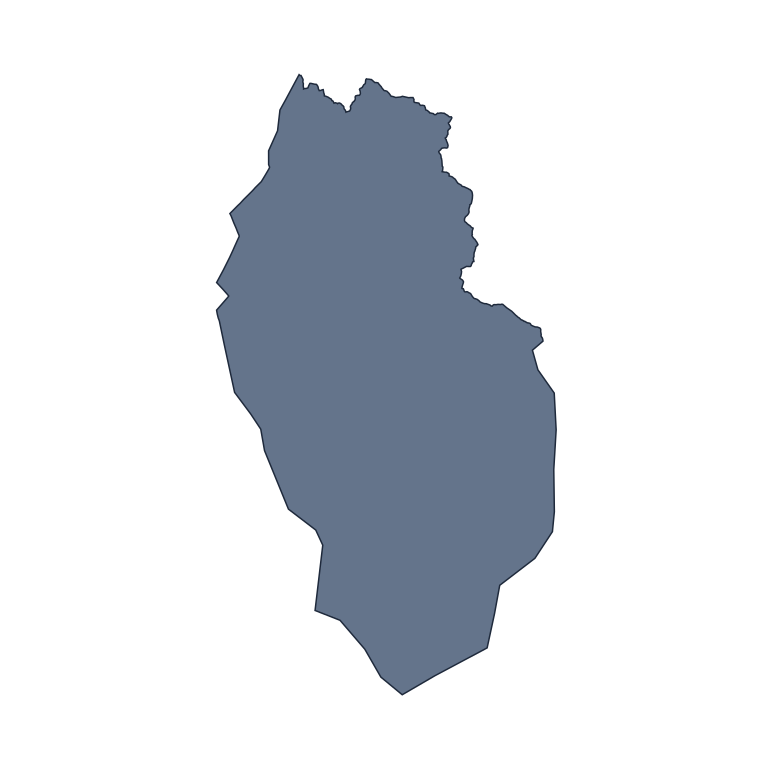 the district of Altai, Bayan-Ölgiy, Mongolia, rotated 207°
{"feature_id": "93677404B43382334794440", "entity_name": "Altai", "entity_type": "district", "adm_level": 2, "iso_a3": "MNG", "parent_name": "Mongolia", "parent_adm1": "Bayan-Ölgiy", "projection": "orthographic", "projection_center": [89.76, 48.197], "detail": "fine", "context": "isolated", "style": "filled", "palette": "slate", "viewbox_px": 768, "rotation_deg": 207, "n_neighbors": 0, "source": "geoboundaries", "source_scale": "gbopen_adm2", "svg_char_len": 6135}
<svg xmlns="http://www.w3.org/2000/svg" viewBox="0 0 768 768"><g transform="rotate(207 384 384)"><path d="M513.3,308.7L489.2,296.8L473.3,287.8L460.2,270.4L412.3,229.1L378.5,222.9L365.4,212.6L342.6,150.9L315.9,153.5L280.7,139.0L253.7,121.4L226.7,115.4L206.2,147.2L172.3,195.7L181.3,229.7L189.5,257.2L170.4,297.2L166.9,328.9L174.2,347.5L193.9,384.9L209.8,421.3L228.2,453.2L253.3,466.5L267.1,481.5L261.8,494.4L262.5,495.4L263.4,496.5L264.3,497.2L264.9,497.3L265.2,497.7L265.9,498.1L266.2,499.0L266.6,499.8L267.1,500.3L267.3,500.7L268.1,501.7L269.0,503.6L269.6,504.2L270.1,504.5L270.6,504.6L273.1,504.4L275.2,503.5L277.2,503.3L279.5,503.2L280.9,504.1L281.6,504.3L282.9,504.0L284.3,503.5L284.9,503.7L286.2,503.6L287.1,503.8L287.7,503.4L288.4,503.6L289.8,503.7L290.9,503.5L293.7,504.3L295.2,504.4L295.9,504.6L296.7,504.9L297.6,505.0L303.2,506.8L309.2,507.6L314.4,508.9L315.4,508.5L316.1,507.8L318.6,506.7L320.2,505.5L321.4,505.0L322.1,504.6L322.3,504.4L322.7,503.6L322.8,502.7L323.9,502.1L325.1,502.5L326.2,502.4L329.3,502.0L331.0,501.2L332.7,500.9L335.5,500.7L336.8,501.2L339.2,501.7L341.1,501.5L342.1,501.2L342.7,501.2L343.9,501.6L345.2,502.2L347.9,503.9L349.5,503.9L350.0,503.8L350.8,504.0L351.7,504.0L352.2,503.8L352.5,503.5L353.3,503.0L354.2,502.8L354.5,503.0L356.3,504.7L356.6,504.9L357.1,504.8L357.5,504.5L357.9,504.5L358.2,505.0L358.6,506.3L359.0,508.5L359.2,509.9L359.5,511.1L360.1,511.6L361.0,512.1L361.6,512.3L364.4,512.6L364.7,512.8L364.6,514.2L364.7,515.4L365.3,517.8L366.0,519.5L367.5,521.1L367.5,521.3L366.0,523.2L363.9,526.2L361.1,527.5L360.4,527.9L360.1,528.5L360.1,529.1L360.4,530.5L360.3,532.1L360.4,532.4L360.5,532.9L360.2,533.4L359.5,533.9L359.5,534.0L359.6,534.3L360.6,535.1L360.8,535.9L361.3,536.3L361.6,536.9L361.6,537.6L361.7,538.5L362.6,540.1L363.2,541.8L363.4,542.4L363.4,543.5L364.0,546.6L364.1,547.0L364.5,547.6L363.8,549.5L364.0,549.9L363.9,550.1L363.5,550.7L363.8,551.1L365.7,552.5L366.7,553.0L368.8,554.2L369.7,554.3L371.5,555.1L373.1,556.2L373.2,556.5L373.1,557.2L373.6,557.7L374.9,560.6L375.2,563.0L375.5,563.4L376.4,563.2L377.6,563.4L378.8,564.0L381.2,564.3L382.7,564.6L383.9,565.1L385.5,565.3L386.2,565.8L386.7,566.5L387.1,567.5L387.3,567.9L387.3,570.0L386.4,572.2L386.1,573.8L386.1,575.2L386.4,576.1L387.4,577.6L387.8,578.6L388.0,579.5L388.4,581.7L388.5,582.2L388.9,582.6L388.2,584.1L388.2,584.6L388.8,587.0L389.5,589.4L390.8,592.4L392.1,594.3L393.2,595.4L393.6,595.6L395.1,596.0L395.3,596.2L396.0,596.3L396.4,596.1L398.3,596.3L398.7,596.2L400.9,596.1L401.6,596.2L401.8,596.1L402.7,596.0L403.1,595.8L404.2,595.6L404.5,595.7L405.2,596.2L405.9,596.3L409.3,596.4L409.5,596.5L410.0,596.9L410.5,597.0L413.0,598.5L413.9,598.9L415.8,599.1L416.5,599.4L417.3,599.5L418.9,599.3L420.4,598.9L421.3,600.6L421.7,600.9L423.4,601.1L424.7,601.0L425.8,600.4L428.6,599.6L428.8,601.1L429.9,603.8L430.1,604.1L431.0,604.5L433.8,609.2L435.2,611.1L435.7,611.3L436.6,612.8L437.5,613.9L437.8,614.1L439.8,615.0L440.7,615.8L440.8,616.1L439.9,618.5L439.6,620.2L438.9,620.8L437.3,621.9L435.4,622.6L434.9,623.1L434.7,623.4L434.7,623.9L434.9,624.3L435.0,625.1L435.2,625.6L435.5,626.0L436.8,627.4L438.4,628.7L439.2,629.5L439.4,629.9L440.0,630.1L440.7,630.6L441.1,631.0L440.8,631.5L440.5,632.1L440.4,633.2L440.6,634.3L440.4,635.5L440.5,635.8L440.8,636.1L441.4,637.3L442.0,638.3L442.1,638.9L441.7,640.6L441.2,641.6L441.2,642.6L441.9,643.6L443.0,644.2L443.6,644.7L444.6,645.2L445.2,645.9L445.2,646.0L444.5,647.5L444.3,651.2L444.4,652.0L445.1,652.5L445.3,652.6L446.6,651.9L447.3,651.7L447.8,651.9L448.5,652.0L449.3,652.3L450.8,652.3L453.3,652.6L454.2,652.1L456.1,651.5L457.1,650.9L458.3,649.9L459.2,649.7L460.1,647.6L461.2,647.0L461.6,646.9L462.6,647.3L463.0,647.3L464.2,646.9L465.7,646.6L466.3,646.3L466.7,646.5L467.3,646.9L468.0,646.9L469.3,647.4L471.3,647.2L472.8,649.1L473.3,649.4L473.9,650.0L474.3,650.3L476.1,649.9L476.9,649.5L477.6,648.9L478.2,648.9L478.8,649.1L480.5,650.1L484.5,648.8L485.0,648.8L485.9,649.7L486.4,651.1L488.2,652.4L490.4,651.3L492.0,650.3L498.2,648.7L499.6,647.2L502.6,645.3L503.6,644.6L506.0,644.3L507.0,644.1L508.2,643.6L511.5,645.3L514.4,646.2L516.4,645.8L516.9,645.5L517.4,645.6L520.8,647.1L521.1,647.4L521.7,647.8L522.4,647.9L522.9,648.2L524.0,648.6L524.7,648.8L525.1,649.2L526.1,649.6L528.0,649.0L529.0,648.4L533.1,649.5L533.8,649.5L534.0,649.4L534.4,649.1L535.4,648.9L537.8,647.9L538.2,647.9L538.4,647.1L538.2,646.2L537.8,645.2L537.1,643.3L537.3,642.6L537.8,641.6L537.9,641.3L537.9,640.1L538.1,639.3L537.9,638.6L538.6,637.4L539.3,636.6L539.5,636.3L539.6,635.4L539.5,635.2L538.2,634.1L537.0,632.3L536.8,631.7L536.8,630.8L537.0,630.0L537.5,629.8L538.6,629.2L540.0,627.9L540.1,627.5L540.0,626.6L539.4,625.6L539.0,625.1L538.8,624.1L539.0,622.1L539.4,621.8L539.5,621.5L539.6,620.7L539.9,620.2L539.7,619.4L539.7,619.1L539.9,617.7L540.0,616.2L539.6,615.4L539.0,614.9L538.9,614.6L538.6,613.8L538.5,612.4L538.6,611.5L539.4,610.9L540.0,610.2L540.8,609.6L541.3,608.9L542.7,610.4L544.0,610.8L544.5,611.2L545.0,611.7L545.7,612.8L546.8,613.3L547.4,613.3L549.4,614.1L550.2,614.2L551.4,614.1L552.4,613.4L552.6,612.7L553.5,612.8L555.0,612.5L555.5,612.1L556.0,611.5L557.7,612.8L558.3,613.0L558.8,612.8L559.0,612.8L560.3,613.9L562.0,613.9L563.8,614.2L566.5,614.0L567.9,613.6L568.2,614.0L568.7,615.0L569.8,616.0L571.8,618.7L572.5,618.2L573.7,616.8L574.9,616.0L575.7,616.7L576.4,617.1L577.3,618.4L578.1,619.2L579.7,620.1L580.3,620.3L582.0,619.6L585.6,618.7L586.5,618.2L586.5,615.6L586.4,614.7L586.2,613.4L586.3,613.2L587.4,612.1L589.2,610.9L589.6,610.4L590.0,611.3L590.9,612.3L591.6,613.6L592.2,615.0L593.5,616.3L594.1,618.1L594.5,618.7L598.0,621.2L599.0,620.7L599.5,620.9L600.1,621.1L600.7,592.4L601.1,580.9L593.8,561.3L592.7,539.4L586.4,527.1L584.4,525.3L584.2,524.2L584.3,521.6L584.7,515.1L585.2,508.6L587.9,500.4L588.5,498.0L589.2,495.6L592.8,484.7L594.2,479.6L595.3,476.6L598.7,465.9L596.6,464.4L591.0,459.4L586.5,455.7L583.7,453.2L580.5,450.5L580.0,449.6L579.9,446.4L579.5,438.0L579.3,434.7L579.0,426.9L578.9,412.8L579.0,408.0L579.2,398.4L570.4,395.2L564.1,392.7L562.3,391.9L562.5,390.5L566.7,373.8L564.3,370.6L561.7,367.6L559.4,365.5L544.3,346.7L513.3,308.7Z" fill="#64748b" stroke="#1e293b" stroke-width="1.5"/></g></svg>